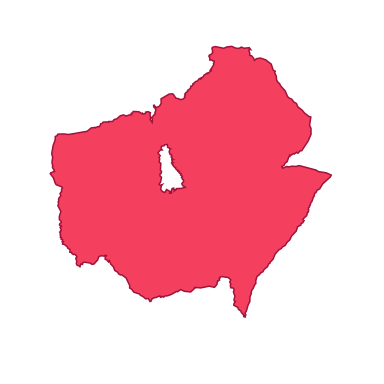 Magelang, Jawa Tengah, Indonesia, rotated 345°
{"feature_id": "22746128B50341569898666", "entity_name": "Magelang", "entity_type": "district", "adm_level": 2, "iso_a3": "IDN", "parent_name": "Indonesia", "parent_adm1": "Jawa Tengah", "projection": "mercator", "projection_center": [110.25, -7.514], "detail": "fine", "context": "isolated", "style": "filled", "palette": "rose", "viewbox_px": 384, "rotation_deg": 345, "n_neighbors": 0, "source": "geoboundaries", "source_scale": "gbopen_adm2", "svg_char_len": 5957}
<svg xmlns="http://www.w3.org/2000/svg" viewBox="0 0 384 384"><g transform="rotate(345 192 192)"><path d="M326.2,150.3L324.4,149.2L321.1,144.8L319.5,141.3L316.3,137.2L315.8,133.6L313.5,131.2L312.5,128.3L310.0,126.2L309.0,124.5L308.2,118.5L305.1,112.5L304.6,109.8L303.5,108.5L302.7,105.7L303.4,101.9L302.7,98.1L303.7,96.9L302.0,95.5L301.6,88.9L297.4,83.4L292.7,80.3L288.8,79.9L286.4,81.0L286.1,78.7L284.8,75.8L283.1,75.0L283.7,73.3L283.6,70.1L284.3,68.9L285.5,69.6L284.7,67.4L279.5,66.6L277.2,64.8L274.8,65.4L273.3,65.1L271.0,64.0L268.1,61.6L263.1,60.9L259.9,61.4L252.3,57.6L249.4,57.5L248.5,58.2L248.2,62.5L245.7,64.2L244.2,64.2L243.6,65.0L244.0,65.5L243.6,65.7L243.8,68.0L243.3,69.1L245.4,69.7L246.2,70.9L247.1,71.0L247.3,72.1L246.0,73.4L246.1,74.2L245.1,75.5L242.0,78.3L242.3,79.0L241.1,79.2L241.6,80.0L238.3,81.4L237.8,81.1L237.7,81.7L236.8,81.3L233.8,82.3L232.7,83.6L230.1,84.2L230.3,85.0L229.5,85.1L229.3,84.3L227.8,84.7L226.0,86.2L224.2,86.2L221.9,87.3L221.5,88.1L220.8,87.9L220.8,88.5L219.0,89.8L218.2,89.5L217.2,91.6L214.0,92.7L213.8,93.8L211.6,94.5L210.4,95.6L210.8,96.1L209.5,97.7L209.7,98.7L207.5,99.9L204.5,99.7L203.4,98.5L200.7,97.2L199.2,92.7L198.3,92.0L195.3,91.5L186.2,94.0L185.2,98.3L183.0,100.5L179.2,101.4L178.8,99.8L177.9,99.2L177.9,98.3L177.3,98.4L177.1,100.2L177.9,101.0L178.3,103.6L176.6,105.9L176.6,107.1L174.4,108.2L173.3,109.5L172.4,109.5L172.5,112.0L171.5,114.5L170.3,111.0L171.3,109.6L171.4,106.3L172.4,104.7L170.5,103.1L169.3,102.9L167.8,102.9L167.8,103.5L166.6,104.2L164.7,104.0L164.6,103.0L163.6,103.1L161.4,100.7L156.1,99.0L154.8,100.2L153.9,100.3L154.2,100.6L153.6,101.7L150.8,101.3L148.2,101.6L145.8,99.8L142.5,99.8L138.1,101.9L135.7,101.8L133.5,103.3L129.5,102.3L129.2,102.9L128.4,102.8L127.6,102.2L124.4,101.5L122.7,102.5L121.3,102.5L120.7,103.9L119.1,105.0L118.1,104.4L115.1,105.0L115.0,104.5L111.2,104.0L106.4,106.2L87.6,104.5L83.4,102.8L77.4,101.4L76.3,102.6L74.3,103.0L73.3,106.3L69.8,111.3L66.4,118.7L66.4,122.5L64.7,126.3L64.2,128.1L64.4,130.8L63.8,131.2L63.6,132.6L64.6,135.3L63.9,136.1L64.3,136.6L60.5,136.9L59.8,137.6L61.8,142.5L62.2,148.4L62.8,149.9L67.3,153.1L67.9,154.4L66.7,155.6L66.2,157.7L64.1,159.3L64.3,161.8L62.2,163.1L61.2,164.5L61.1,165.8L60.1,167.0L60.2,168.6L58.9,170.4L60.3,176.9L57.5,181.3L56.7,184.4L58.0,186.3L57.7,187.7L56.3,188.2L55.5,189.3L55.8,190.4L56.8,190.6L57.1,191.4L55.4,192.3L56.0,194.1L55.7,195.0L55.1,195.1L54.9,196.2L53.8,196.5L54.2,197.6L53.5,199.3L54.0,199.8L53.1,201.7L54.2,202.5L53.3,203.5L54.7,204.8L54.1,205.7L54.7,206.6L53.7,206.7L54.0,208.0L53.5,208.8L55.1,209.6L57.4,212.7L57.4,214.0L59.3,216.0L58.4,218.5L60.1,219.2L60.0,220.2L61.3,221.8L62.6,221.8L63.9,223.8L64.0,225.0L62.9,225.5L62.5,226.8L62.9,228.5L61.7,231.5L62.1,233.1L63.8,234.1L64.4,235.2L66.1,232.7L67.5,233.6L68.3,232.1L69.9,231.9L75.3,234.3L76.6,236.0L78.7,236.2L83.2,233.3L85.1,230.5L87.4,230.0L90.3,231.1L92.4,230.7L92.9,231.5L91.4,232.1L90.7,234.4L92.0,235.5L93.2,237.9L94.3,236.8L94.9,240.7L96.7,243.9L97.1,247.9L99.1,249.8L100.1,252.3L101.4,253.6L102.7,253.8L106.1,258.0L107.6,266.2L106.9,268.6L108.5,270.2L109.9,273.7L114.9,277.0L115.5,278.5L117.5,280.2L119.6,283.2L122.2,283.6L123.1,286.9L124.0,287.0L125.7,284.9L127.6,284.4L130.0,284.6L133.5,284.0L134.6,285.7L135.3,285.5L135.5,284.8L137.4,286.2L138.7,285.5L141.6,285.9L145.5,285.6L151.3,284.1L152.3,284.6L155.9,283.3L158.8,285.9L164.8,288.2L168.8,286.2L170.6,284.3L170.1,285.5L172.1,285.6L175.5,286.9L184.1,287.4L189.1,289.9L192.2,287.7L193.7,284.5L194.1,284.8L195.8,284.2L195.7,283.3L196.5,282.6L196.1,282.3L196.9,281.6L198.8,281.4L204.9,284.0L206.7,286.9L205.1,288.8L205.7,290.8L204.9,291.9L204.6,294.5L206.8,295.3L207.5,296.9L206.1,299.5L206.5,303.7L204.6,307.1L204.6,308.2L205.6,308.9L203.4,311.0L203.1,312.3L206.3,315.2L206.6,317.6L208.4,319.6L208.5,321.3L209.9,323.8L209.8,325.9L211.1,326.5L211.3,325.1L212.2,324.8L211.9,322.6L213.7,321.1L216.9,315.7L219.5,312.8L220.9,308.1L222.7,305.9L224.1,302.5L225.9,301.2L229.0,297.4L229.9,297.1L230.7,294.1L232.9,290.4L235.0,289.7L237.8,287.8L239.9,287.4L241.4,285.6L245.7,283.6L247.3,281.4L248.8,281.0L249.4,280.0L252.7,278.1L256.3,273.4L261.1,270.3L263.6,269.7L265.0,268.5L268.1,267.8L271.3,264.8L273.5,264.0L275.0,262.6L276.4,260.6L282.6,256.7L285.0,252.9L288.6,252.1L289.1,250.8L291.0,250.4L292.9,248.6L292.1,247.7L292.2,246.8L296.6,244.6L298.3,241.6L299.2,241.5L300.2,239.2L300.1,237.8L301.8,236.7L301.9,235.7L303.1,235.0L303.7,233.4L305.2,232.4L308.2,228.0L308.9,227.7L310.1,225.1L311.6,224.6L313.4,222.6L316.2,222.0L320.3,218.0L329.5,213.3L330.9,211.7L326.6,208.2L319.4,205.0L317.5,202.9L302.7,194.4L300.7,194.1L299.6,194.4L295.4,193.0L291.4,192.7L290.2,191.8L285.9,192.5L285.3,190.7L288.0,189.9L289.1,188.4L291.8,187.3L294.9,182.7L295.8,183.0L296.1,181.5L297.7,182.0L300.0,181.2L300.6,181.8L303.4,180.7L303.8,181.6L304.8,181.9L306.7,180.3L308.7,180.5L317.5,172.7L321.9,167.1L323.4,161.3L322.8,158.1L326.2,150.3ZM177.6,139.3L180.5,139.7L180.0,142.6L182.5,144.7L181.7,145.1L180.3,147.3L180.6,150.2L181.5,150.4L181.9,151.5L180.9,152.7L181.6,153.3L181.1,154.9L181.9,155.4L180.9,155.4L180.8,156.3L181.3,156.2L181.0,157.6L180.0,158.4L181.0,158.8L180.0,159.1L180.3,160.8L180.9,161.2L180.7,161.9L181.8,164.0L182.5,164.2L182.2,165.1L183.0,166.8L184.1,167.4L183.7,168.2L185.0,168.7L184.4,169.6L184.9,170.8L186.2,171.5L185.4,172.6L186.7,174.3L185.6,175.2L186.3,176.3L186.0,177.2L186.9,178.1L186.5,179.8L184.4,181.1L184.3,182.2L184.8,183.6L187.3,186.2L186.0,185.6L183.1,185.8L177.8,184.7L177.5,185.4L175.3,186.3L176.1,185.1L174.6,184.4L175.1,183.5L173.7,183.5L172.1,186.0L171.9,187.7L171.1,187.7L170.0,187.4L171.0,185.8L168.1,183.0L165.7,185.4L163.9,184.3L162.4,181.6L163.9,178.2L165.3,177.1L163.1,177.3L162.2,176.0L164.1,174.4L166.4,169.9L165.3,168.4L165.5,166.4L166.8,166.2L167.9,164.5L167.2,162.6L169.3,156.3L168.0,154.6L169.4,151.7L169.2,150.0L170.7,148.7L169.2,145.4L172.3,143.3L174.1,143.7L173.4,141.8L174.4,139.9L177.1,140.1L177.6,139.3Z" fill="#f43f5e" stroke="#9f1239" stroke-width="1.5"/></g></svg>